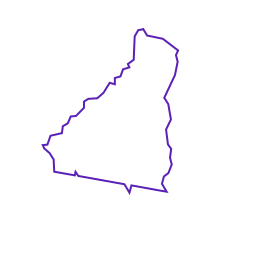 the district of Wheeler, Georgia, United States of America, rotated 235°
{"feature_id": "52423323B75387394783245", "entity_name": "Wheeler", "entity_type": "district", "adm_level": 2, "iso_a3": "USA", "parent_name": "United States of America", "parent_adm1": "Georgia", "projection": "orthographic", "projection_center": [-82.703, 32.114], "detail": "fine", "context": "isolated", "style": "outline", "palette": "violet", "viewbox_px": 256, "rotation_deg": 235, "n_neighbors": 0, "source": "geoboundaries", "source_scale": "gbopen_adm2", "svg_char_len": 805}
<svg xmlns="http://www.w3.org/2000/svg" viewBox="0 0 256 256"><g transform="rotate(235 128 128)"><path d="M134.5,42.5L119.7,57.3L122.2,59.9L117.2,59.8L99.7,77.2L84.0,92.8L74.2,92.1L79.0,97.9L58.1,118.6L53.7,123.1L62.8,123.8L67.7,129.6L67.9,135.2L73.0,142.9L79.6,145.4L86.1,151.4L91.6,151.3L104.9,158.3L110.4,168.1L124.5,174.7L131.9,175.0L144.4,196.8L153.8,206.7L160.2,209.1L162.8,213.5L181.1,207.7L192.8,196.7L200.4,197.2L200.7,195.9L202.3,192.5L199.2,186.0L180.6,171.8L180.5,164.6L176.9,163.9L178.9,157.6L174.6,151.4L176.5,145.9L171.4,142.3L175.5,138.9L170.9,128.1L170.0,119.8L174.6,112.3L174.9,107.2L169.8,103.5L167.7,92.3L170.3,87.7L166.4,81.4L166.8,75.6L161.7,70.9L166.1,60.1L160.6,52.4L162.9,48.4L159.1,47.7L152.3,49.4L144.8,49.0L134.5,42.5Z" fill="none" stroke="#5b21b6" stroke-width="2"/></g></svg>